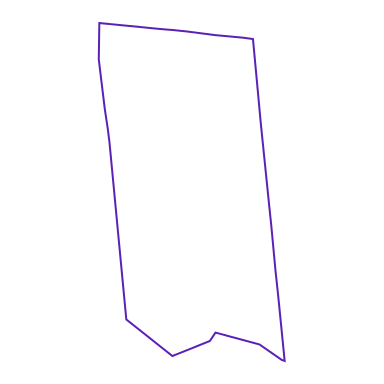 Putnam, New York, United States of America (Equal Earth projection), rotated 272°
{"feature_id": "52423323B74073307510671", "entity_name": "Putnam", "entity_type": "district", "adm_level": 2, "iso_a3": "USA", "parent_name": "United States of America", "parent_adm1": "New York", "projection": "equal_earth", "projection_center": [-73.677, 41.424], "detail": "fine", "context": "isolated", "style": "outline", "palette": "violet", "viewbox_px": 384, "rotation_deg": 272, "n_neighbors": 0, "source": "geoboundaries", "source_scale": "gbopen_adm2", "svg_char_len": 599}
<svg xmlns="http://www.w3.org/2000/svg" viewBox="0 0 384 384"><g transform="rotate(272 192 192)"><path d="M27.3,287.6L26.4,290.5L91.7,281.7L114.7,278.4L162.0,272.3L174.7,270.5L262.7,258.4L347.0,247.6L348.0,237.8L348.0,237.7L349.6,209.6L352.1,182.9L352.3,181.0L352.6,176.0L353.3,166.2L353.3,164.5L353.4,162.4L353.4,162.0L353.5,160.6L353.8,154.5L354.5,142.7L354.6,142.2L354.6,141.7L354.7,140.6L354.7,139.7L354.8,139.0L357.6,93.5L321.3,94.2L271.6,102.0L252.9,105.5L238.7,107.8L62.3,130.8L27.4,178.1L43.7,215.0L52.3,220.4L42.0,264.7L27.3,287.6Z" fill="none" stroke="#5b21b6" stroke-width="2"/></g></svg>